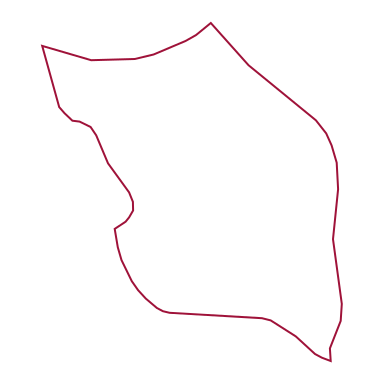 map outline of Vĩnh Phúc (Natural Earth projection)
{"feature_id": "VNM-464", "entity_name": "Vĩnh Phúc", "entity_type": "Province", "adm_level": 1, "iso_a3": "VNM", "parent_name": "Vietnam", "parent_adm1": "", "projection": "natural_earth1", "projection_center": [105.546, 21.324], "detail": "fine", "context": "isolated", "style": "outline", "palette": "rose", "viewbox_px": 384, "rotation_deg": 0, "n_neighbors": 0, "source": "natural_earth", "source_scale": "10m", "svg_char_len": 663}
<svg xmlns="http://www.w3.org/2000/svg" viewBox="0 0 384 384"><path d="M114.7,228.9L119.1,226.0L125.6,221.7L129.1,217.4L133.1,210.5L132.9,201.8L129.1,192.4L108.0,163.3L96.2,135.3L90.6,127.0L79.6,121.6L72.4,120.7L64.6,113.3L59.2,107.1L42.2,45.9L91.2,60.2L134.8,59.0L153.6,54.5L185.5,41.0L196.1,35.0L210.8,23.0L248.6,65.3L315.9,120.3L326.2,133.4L331.6,145.4L336.7,162.7L338.1,189.2L333.0,239.2L341.8,303.9L340.7,320.9L329.9,348.4L330.7,361.0L321.9,357.7L315.0,354.0L295.8,336.4L270.7,320.4L262.0,318.2L169.6,312.8L162.9,311.2L156.9,308.0L145.8,298.6L138.1,290.2L131.8,281.2L121.5,260.1L117.8,247.3L114.7,228.9Z" fill="none" stroke="#9f1239" stroke-width="2"/></svg>